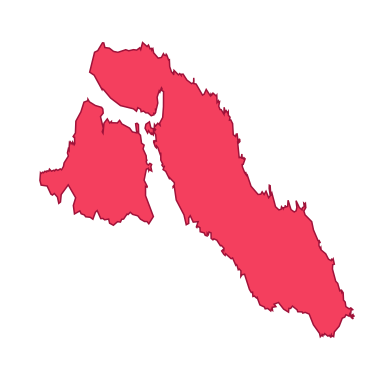 the district of Andøy nor, Nordland, Norway, rotated 85°
{"feature_id": "86288312B3163335119560", "entity_name": "Andøy nor", "entity_type": "district", "adm_level": 2, "iso_a3": "NOR", "parent_name": "Norway", "parent_adm1": "Nordland", "projection": "natural_earth1", "projection_center": [15.765, 69.044], "detail": "fine", "context": "isolated", "style": "filled", "palette": "rose", "viewbox_px": 384, "rotation_deg": 85, "n_neighbors": 0, "source": "geoboundaries", "source_scale": "gbopen_adm2", "svg_char_len": 6002}
<svg xmlns="http://www.w3.org/2000/svg" viewBox="0 0 384 384"><g transform="rotate(85 192 192)"><path d="M330.6,41.5L329.2,41.6L328.3,42.7L329.0,44.2L327.8,44.7L322.4,43.5L323.7,41.6L321.3,43.9L322.1,45.6L319.6,48.7L315.0,49.0L312.9,50.5L305.5,50.2L304.0,51.0L305.1,51.5L302.7,52.1L303.3,53.4L295.8,54.8L293.5,56.6L281.0,58.8L276.8,58.2L276.3,56.5L270.9,57.2L271.9,58.0L271.2,58.8L272.5,59.4L270.8,61.9L265.2,64.2L261.0,68.4L258.5,68.5L259.4,69.1L256.5,70.2L251.6,69.8L254.1,68.8L253.4,68.8L251.4,69.6L251.4,70.7L240.4,74.3L232.0,75.3L224.6,81.4L220.7,82.2L217.5,80.0L213.2,80.0L213.8,80.6L212.8,81.6L216.4,81.5L217.2,83.3L219.3,84.0L216.9,86.4L209.7,89.1L216.6,88.9L219.8,89.9L220.8,91.9L218.2,94.9L208.6,97.0L214.7,98.0L215.1,99.7L213.4,100.4L214.9,100.5L216.0,102.2L215.0,102.4L216.6,102.7L214.5,104.1L217.0,104.8L217.4,107.0L213.9,110.1L200.0,112.5L202.6,113.8L192.5,113.6L192.0,114.4L195.2,114.8L202.5,114.4L204.4,116.1L197.7,118.2L200.8,120.4L197.9,122.1L200.2,123.7L200.2,126.4L191.4,132.7L179.8,135.5L180.3,136.1L176.6,136.9L178.8,137.0L177.2,137.9L171.4,139.6L169.0,139.6L168.9,138.6L163.6,136.2L162.6,137.1L163.7,137.5L162.9,138.5L161.8,138.5L163.1,139.1L158.5,139.0L162.3,140.0L161.2,141.9L162.6,142.0L145.9,142.2L145.1,140.9L146.7,140.8L145.9,139.9L143.3,139.9L145.3,140.0L143.7,140.5L145.0,141.8L137.4,142.0L140.0,142.5L137.8,142.8L140.5,143.8L138.5,145.9L127.4,145.6L123.6,147.1L123.7,148.4L120.8,147.6L118.7,149.1L115.2,148.9L116.3,149.6L113.9,150.9L115.3,152.0L110.4,152.6L117.3,153.4L112.5,155.8L112.3,156.9L108.9,157.9L104.4,156.7L104.7,157.6L103.5,157.7L105.1,159.2L97.7,158.9L98.5,159.5L95.3,162.5L97.3,164.0L96.0,164.6L97.7,165.4L91.1,168.9L95.6,171.4L96.4,173.1L84.8,178.5L84.1,180.8L81.2,180.4L78.4,180.3L83.2,180.9L84.0,183.0L80.1,187.3L73.8,190.6L73.8,192.7L74.7,192.7L73.0,193.9L74.1,195.3L69.3,199.3L73.9,200.1L71.5,200.4L72.1,200.8L70.6,202.0L65.2,203.3L58.2,203.0L58.4,203.8L53.6,205.1L52.6,205.7L53.8,206.2L53.2,207.7L51.7,208.4L55.3,210.7L55.7,214.0L50.0,218.1L45.9,218.5L47.1,219.6L45.4,219.7L45.7,221.3L41.8,222.6L43.2,224.1L38.8,228.2L45.7,230.7L43.8,231.5L45.8,234.7L45.1,237.9L45.8,242.7L44.5,245.6L46.4,253.7L45.1,257.9L41.5,261.8L40.5,266.2L35.8,266.9L35.6,268.2L43.0,273.6L44.3,276.9L63.7,283.5L67.1,279.3L82.1,272.7L81.3,272.4L82.4,271.1L91.3,264.9L99.7,255.7L104.0,243.1L106.7,240.3L103.3,238.6L105.1,236.0L107.6,235.7L107.2,233.1L109.1,231.2L109.4,228.9L112.5,226.0L111.7,223.1L110.3,223.2L110.6,222.0L109.1,221.1L105.6,221.2L107.4,220.7L100.4,218.3L94.6,218.5L88.4,215.9L89.7,215.3L85.5,213.3L86.2,212.9L88.4,213.1L89.4,211.6L104.6,213.0L115.2,214.7L120.6,218.2L122.7,218.0L120.5,220.1L123.2,222.6L121.5,223.5L125.0,224.1L126.6,222.8L127.5,223.5L126.4,224.3L127.2,224.7L125.6,225.2L124.5,227.4L118.4,228.3L120.5,232.0L124.4,233.2L129.4,231.1L127.2,229.9L130.5,228.0L131.1,227.1L129.9,226.8L131.7,225.5L128.0,225.1L131.7,223.2L138.1,223.1L137.6,224.2L139.0,225.0L137.2,225.7L139.3,225.8L143.5,224.7L144.8,223.7L143.1,223.3L144.7,222.2L152.1,220.3L150.0,219.7L157.5,220.3L161.7,218.7L162.5,219.7L164.5,218.5L163.5,217.0L167.1,218.9L169.1,216.4L177.4,213.1L175.9,213.0L181.1,208.8L183.3,208.9L184.8,210.4L185.6,210.4L184.3,209.2L198.6,208.4L214.0,202.0L224.1,200.6L223.0,198.0L217.5,197.5L215.5,195.8L222.1,193.4L222.1,188.5L227.2,190.7L227.8,190.2L226.6,189.5L228.2,187.2L232.3,187.3L233.7,183.5L236.3,182.6L237.1,180.8L234.3,180.4L235.9,179.4L233.3,178.5L234.4,176.6L239.8,177.0L241.5,175.3L240.6,174.3L242.1,171.5L248.0,168.4L247.8,167.4L250.8,165.0L253.1,165.5L252.1,166.1L253.3,167.6L256.7,165.8L258.1,164.5L256.5,163.8L261.9,158.8L261.3,157.3L268.7,154.8L268.1,154.3L268.8,153.6L273.5,152.7L272.9,151.6L274.9,150.1L280.4,150.7L278.8,149.4L278.5,146.8L294.0,143.3L297.3,141.7L297.1,140.4L301.4,140.4L301.1,139.0L303.2,137.0L302.6,136.3L310.4,134.2L312.9,129.9L314.8,129.3L314.6,126.7L317.4,123.9L315.8,123.2L316.9,122.1L313.9,122.2L313.5,118.4L310.9,120.0L309.6,115.5L316.7,110.9L320.1,106.3L316.4,105.6L316.6,103.9L314.4,101.9L318.5,97.6L320.5,97.1L321.0,92.9L322.3,92.2L321.8,89.7L323.8,85.9L334.9,82.6L343.9,77.3L347.4,76.8L346.1,75.4L346.8,74.4L345.3,74.5L345.9,73.0L344.6,72.2L347.4,69.2L346.8,67.7L348.3,66.8L346.3,65.7L348.2,65.4L347.6,64.5L348.4,63.5L343.8,62.4L338.5,57.1L330.8,53.3L330.0,50.8L327.7,49.3L329.4,46.3L327.4,45.6L331.0,44.2L332.5,42.4L329.3,44.0L330.0,42.2L329.1,42.0L330.6,41.5ZM213.1,232.6L191.6,238.6L182.4,237.8L183.3,236.4L182.6,236.1L176.1,238.7L165.3,235.5L164.6,233.4L166.6,233.4L165.7,233.1L166.8,233.1L166.0,232.6L167.6,230.3L163.3,230.8L161.0,229.8L159.8,231.5L161.3,233.1L160.0,234.5L157.7,235.0L155.8,233.7L156.9,234.6L151.9,234.5L144.8,237.0L141.1,235.6L139.0,238.0L131.0,238.4L128.9,240.0L120.2,239.5L118.7,240.8L119.1,242.2L128.0,241.9L126.3,241.2L127.9,241.2L128.4,241.6L126.9,246.2L122.9,248.6L118.1,255.9L114.3,257.9L116.7,260.3L116.0,266.2L114.7,266.1L116.1,268.0L111.8,270.0L115.8,273.7L125.7,275.5L124.2,276.2L120.9,274.8L108.9,276.6L105.7,273.6L101.6,273.6L99.8,274.7L97.4,280.8L93.2,286.4L90.5,287.6L92.0,287.9L93.1,291.8L102.5,295.7L111.3,301.5L123.1,303.0L126.4,305.6L127.5,304.7L126.6,304.2L133.7,304.6L134.7,305.3L131.8,306.5L133.7,307.3L131.4,308.9L133.1,309.4L132.4,309.8L139.8,310.9L138.4,311.5L142.2,312.7L145.4,312.0L151.9,316.9L155.3,317.8L158.5,320.0L157.5,321.3L158.8,323.7L157.6,325.4L159.0,327.0L158.2,327.6L159.0,330.2L156.8,332.0L158.7,332.8L158.3,334.6L159.3,335.1L158.5,336.7L159.9,338.3L159.3,339.2L160.5,340.9L159.8,341.3L167.2,342.5L172.0,341.7L173.4,335.8L181.9,332.7L182.9,331.3L181.5,329.3L185.3,326.5L191.7,325.7L190.5,323.9L183.1,322.5L174.1,314.7L187.6,308.4L195.1,311.4L203.6,311.0L201.1,305.4L204.0,304.3L205.5,301.2L207.4,300.1L208.3,295.7L210.5,293.1L203.8,290.0L202.2,288.1L210.6,285.2L210.6,283.0L212.1,281.5L211.7,277.4L215.9,276.8L218.3,273.2L215.1,268.8L215.7,265.9L213.1,264.5L213.0,262.5L208.3,258.6L208.9,257.7L206.8,255.3L209.1,253.1L211.0,248.1L214.6,245.7L217.3,241.8L217.5,239.4L219.9,237.8L213.1,232.6Z" fill="#f43f5e" stroke="#9f1239" stroke-width="1.5"/></g></svg>